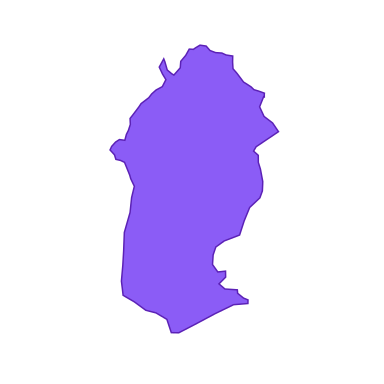 Pano Archimandrita, Paphos, Cyprus, rotated 322°
{"feature_id": "46923920B12228017617298", "entity_name": "Pano Archimandrita", "entity_type": "district", "adm_level": 2, "iso_a3": "CYP", "parent_name": "Cyprus", "parent_adm1": "Paphos", "projection": "equal_earth", "projection_center": [32.671, 34.738], "detail": "fine", "context": "isolated", "style": "filled", "palette": "violet", "viewbox_px": 384, "rotation_deg": 322, "n_neighbors": 0, "source": "geoboundaries", "source_scale": "gbopen_adm2", "svg_char_len": 1430}
<svg xmlns="http://www.w3.org/2000/svg" viewBox="0 0 384 384"><g transform="rotate(322 192 192)"><path d="M167.4,314.3L169.7,311.5L167.3,307.3L165.6,299.9L167.5,297.0L158.2,288.7L156.7,281.0L166.1,279.8L169.7,275.0L163.1,270.9L163.5,261.8L169.9,254.6L176.9,250.0L187.3,250.4L203.0,255.2L215.3,246.9L227.9,239.7L241.9,238.4L248.1,234.5L252.3,229.6L254.2,227.3L260.0,216.1L262.5,209.5L266.8,203.9L265.7,197.7L270.4,195.8L297.3,197.7L298.0,187.2L295.3,176.8L297.7,166.5L307.1,161.0L307.5,161.6L309.2,159.4L309.9,158.7L308.1,155.8L306.5,153.3L303.8,149.5L303.3,145.6L301.7,140.9L300.3,137.1L300.5,126.3L300.2,120.1L304.0,114.6L307.8,109.9L303.2,105.0L301.1,100.9L296.4,96.7L293.3,91.6L293.0,85.7L288.7,81.2L283.8,80.6L280.8,80.4L279.9,79.5L277.8,77.7L271.1,80.5L263.6,82.1L259.2,86.9L249.7,88.7L248.8,86.2L247.6,80.6L250.8,72.7L251.7,69.7L243.1,73.4L241.4,80.8L240.6,87.4L233.5,90.7L226.5,89.5L220.6,89.9L216.0,91.1L206.3,91.0L202.7,92.2L192.6,94.9L188.5,95.9L185.0,100.8L179.8,104.3L175.8,106.2L170.9,109.9L167.1,106.0L162.5,105.6L156.8,106.6L153.3,108.4L153.8,115.0L152.1,119.4L155.1,123.1L157.1,127.1L155.2,133.8L153.3,140.4L151.9,143.8L150.1,152.0L148.2,153.5L141.0,159.2L130.6,170.0L113.8,182.2L101.9,196.3L92.5,207.0L81.5,218.8L77.6,225.3L74.1,231.0L78.9,243.0L82.8,256.8L89.2,265.1L93.8,276.9L89.1,290.1L94.9,294.8L115.9,298.7L134.9,302.0L155.4,306.4L167.4,314.3Z" fill="#8b5cf6" stroke="#5b21b6" stroke-width="1.5"/></g></svg>